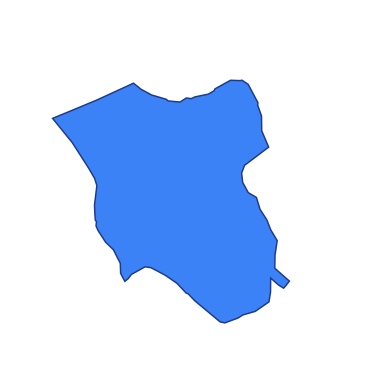 San Miguel Dueñas, Sacatepéquez, Guatemala (orthographic projection), rotated 59°
{"feature_id": "79465075B97668033547878", "entity_name": "San Miguel Dueñas", "entity_type": "district", "adm_level": 2, "iso_a3": "GTM", "parent_name": "Guatemala", "parent_adm1": "Sacatepéquez", "projection": "orthographic", "projection_center": [-90.828, 14.531], "detail": "fine", "context": "isolated", "style": "filled", "palette": "blue", "viewbox_px": 384, "rotation_deg": 59, "n_neighbors": 0, "source": "geoboundaries", "source_scale": "gbopen_adm2", "svg_char_len": 1055}
<svg xmlns="http://www.w3.org/2000/svg" viewBox="0 0 384 384"><g transform="rotate(59 192 192)"><path d="M57.1,273.6L88.2,269.2L118.7,268.3L130.4,268.5L137.6,270.3L153.1,282.4L161.1,286.7L166.4,289.4L168.1,289.1L171.6,291.7L176.5,292.4L190.6,291.9L201.0,289.1L216.2,290.2L225.0,295.1L234.0,295.6L233.5,291.6L231.4,286.3L232.0,270.7L235.7,266.2L249.2,258.0L251.7,256.8L262.6,251.9L275.5,249.1L277.5,247.7L286.8,245.6L317.8,234.8L321.1,231.3L323.7,217.4L323.6,211.5L326.9,199.2L325.8,182.6L318.2,176.2L306.3,168.9L316.4,165.7L321.6,163.0L320.6,159.7L319.7,157.5L318.5,154.4L313.6,156.0L300.0,160.3L288.9,153.4L277.5,144.0L265.0,144.0L254.4,142.2L241.9,142.6L229.9,139.6L221.5,144.1L209.9,143.6L201.3,139.7L196.2,133.2L193.0,103.2L175.4,100.7L162.7,93.3L151.4,91.0L149.4,89.5L128.6,88.4L121.9,91.6L121.3,93.4L116.1,101.4L115.4,119.0L116.6,121.0L116.5,127.7L112.0,140.5L111.6,144.5L108.5,148.5L108.7,156.0L101.6,165.6L99.3,166.3L88.0,176.7L77.6,182.8L68.6,186.1L64.1,226.7L58.3,265.5L57.1,273.6Z" fill="#3b82f6" stroke="#1e3a8a" stroke-width="1.5"/></g></svg>